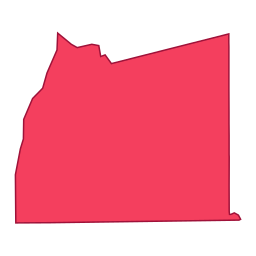 Panola, Texas, United States of America
{"feature_id": "52423323B10240344188589", "entity_name": "Panola", "entity_type": "district", "adm_level": 2, "iso_a3": "USA", "parent_name": "United States of America", "parent_adm1": "Texas", "projection": "orthographic", "projection_center": [-94.242, 32.184], "detail": "fine", "context": "isolated", "style": "filled", "palette": "rose", "viewbox_px": 256, "rotation_deg": 0, "n_neighbors": 0, "source": "geoboundaries", "source_scale": "gbopen_adm2", "svg_char_len": 556}
<svg xmlns="http://www.w3.org/2000/svg" viewBox="0 0 256 256"><path d="M228.8,33.9L111.4,63.6L105.1,54.9L100.7,56.5L98.8,45.6L91.8,44.3L77.2,47.6L71.3,44.3L57.7,33.1L57.0,50.0L47.0,73.0L42.7,88.2L32.6,98.5L23.7,119.4L23.4,139.0L20.4,148.8L15.4,174.7L15.8,222.9L49.7,222.7L239.0,220.1L240.6,219.3L238.4,215.1L234.3,212.9L230.8,214.4L229.5,214.4L229.2,211.3L229.1,185.7L229.2,156.9L229.1,154.5L229.1,148.7L229.1,139.6L229.1,135.7L229.0,122.5L229.0,112.5L228.9,89.3L228.9,46.9L228.8,42.5L228.8,33.9Z" fill="#f43f5e" stroke="#9f1239" stroke-width="1.5"/></svg>